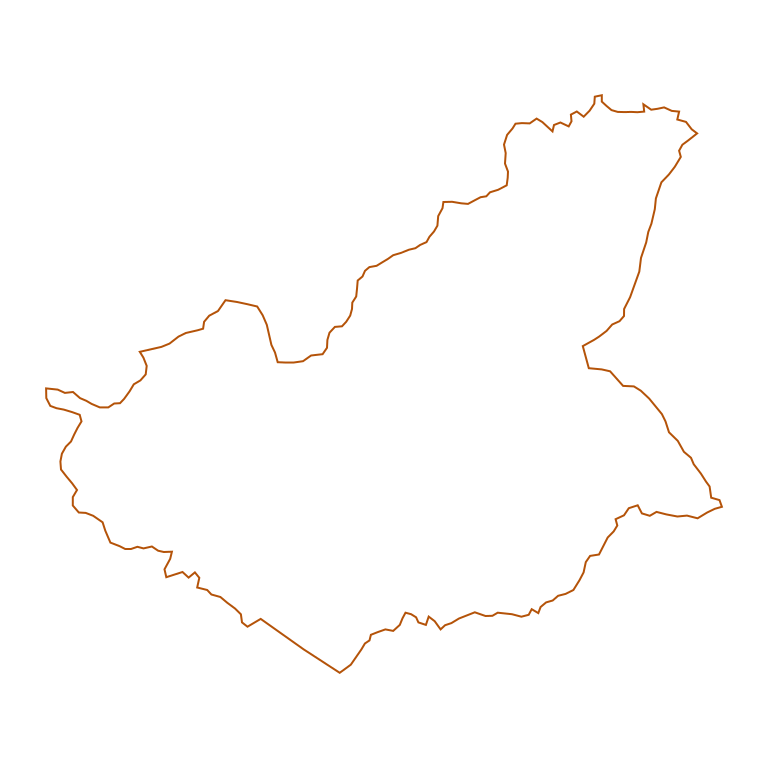 Brasilândia do Tocantins, Tocantins, Brazil
{"feature_id": "56859067B19084038387208", "entity_name": "Brasilândia do Tocantins", "entity_type": "district", "adm_level": 2, "iso_a3": "BRA", "parent_name": "Brazil", "parent_adm1": "Tocantins", "projection": "albers", "projection_center": [-48.445, -8.274], "detail": "fine", "context": "isolated", "style": "outline", "palette": "amber", "viewbox_px": 768, "rotation_deg": 0, "n_neighbors": 0, "source": "geoboundaries", "source_scale": "gbopen_adm2", "svg_char_len": 3442}
<svg xmlns="http://www.w3.org/2000/svg" viewBox="0 0 768 768"><path d="M72.8,497.1L72.8,505.5L78.8,512.5L85.7,512.9L93.2,515.8L102.6,522.3L105.3,530.7L110.4,542.6L119.7,546.2L125.2,549.0L131.0,549.0L137.4,546.8L143.5,548.4L151.9,546.5L158.1,550.7L163.8,552.0L171.9,551.7L170.2,558.8L164.5,569.3L166.3,577.2L182.5,572.0L188.6,577.6L194.9,572.4L199.3,577.8L197.2,587.5L207.2,590.0L211.4,594.5L220.4,597.0L227.3,602.8L235.0,608.5L240.9,614.3L242.0,622.4L247.5,626.7L260.7,618.9L303.7,649.4L339.7,672.8L350.8,664.7L361.4,649.4L364.9,643.5L369.5,640.4L370.9,634.8L377.5,632.2L385.4,629.4L393.2,630.9L399.8,624.9L402.5,618.3L405.5,612.7L411.1,614.2L416.1,617.3L418.4,622.4L425.9,624.9L428.7,616.6L434.7,621.2L440.6,629.4L445.1,625.2L451.4,623.1L459.0,618.5L474.8,612.3L485.5,616.0L492.4,615.8L497.7,612.7L511.9,614.2L521.4,616.7L528.7,614.8L531.7,609.2L538.3,613.1L540.6,607.0L546.1,602.4L552.7,600.5L558.1,595.8L565.6,593.9L573.4,590.0L579.5,580.2L583.6,572.4L585.8,562.1L590.1,555.9L599.0,554.5L607.7,537.5L613.7,531.4L617.3,525.5L615.6,519.2L624.0,515.3L628.8,508.2L637.7,505.3L641.9,513.4L649.8,515.8L656.5,511.9L666.3,514.4L677.4,516.5L687.0,515.6L697.6,518.3L707.2,512.5L714.8,508.8L721.9,506.8L719.5,500.1L711.2,497.7L709.6,486.5L706.0,481.6L700.9,473.6L693.7,464.2L691.0,457.8L683.9,451.8L677.8,440.9L669.0,432.3L665.5,421.4L661.9,414.1L649.2,398.6L640.8,390.7L633.9,386.4L623.1,385.9L610.1,371.3L601.7,369.4L588.8,368.2L582.8,346.1L594.0,339.9L599.1,336.6L606.6,330.9L612.2,324.5L619.5,321.2L624.0,316.0L624.1,309.0L630.1,297.2L639.3,271.6L641.0,257.9L646.2,242.4L648.3,231.9L651.4,223.7L654.8,209.2L655.9,198.4L661.4,182.3L668.9,174.5L674.8,166.8L680.8,156.9L679.1,150.7L682.4,144.7L688.1,140.5L697.1,133.4L691.7,129.3L686.0,121.9L677.3,119.5L679.1,111.6L671.8,110.9L664.1,107.4L657.5,108.8L651.2,109.7L643.4,104.3L644.2,111.6L637.4,112.2L631.0,111.9L625.1,112.1L617.7,111.9L611.5,110.1L606.7,106.1L601.8,101.6L601.8,95.2L594.8,96.7L594.3,103.7L589.6,110.7L583.7,116.7L576.8,111.5L570.9,114.6L571.5,121.3L568.7,126.4L560.4,122.5L554.0,125.0L552.5,131.4L547.7,127.0L542.4,122.1L536.6,118.6L529.7,123.4L521.9,123.1L515.5,123.7L512.5,128.5L507.1,134.9L504.0,144.6L505.7,153.1L505.0,163.6L508.0,171.6L507.7,177.8L506.7,185.3L498.1,189.8L490.0,192.3L486.3,196.3L480.6,197.2L474.9,200.2L468.0,203.9L461.2,203.3L452.1,201.8L443.4,202.0L442.5,208.2L438.2,216.1L437.4,225.7L434.0,231.5L429.5,236.7L426.5,242.1L420.2,244.9L415.4,248.2L409.0,249.7L400.7,253.0L393.2,255.2L388.1,258.8L382.3,262.3L376.6,265.8L369.4,267.1L365.0,270.8L362.5,276.5L357.7,280.5L357.0,288.9L356.2,296.5L352.3,302.6L352.0,309.0L350.2,315.6L346.2,321.8L342.0,326.3L334.9,326.9L329.5,332.7L327.4,339.9L327.0,347.8L322.6,354.2L317.1,354.8L311.1,355.5L303.0,361.2L293.9,362.5L284.6,362.5L277.7,362.2L275.0,352.5L271.4,344.9L266.8,324.8L262.7,315.3L257.2,306.5L247.4,304.2L237.1,302.0L225.5,300.2L218.0,311.0L209.2,315.7L204.1,321.8L203.1,328.7L197.5,330.3L185.8,333.0L178.5,336.6L169.5,343.6L161.4,346.9L139.8,351.8L143.4,357.6L146.7,365.9L145.7,374.4L140.4,380.4L133.8,384.3L129.6,391.3L124.1,398.9L120.0,403.2L114.2,403.5L108.3,407.4L99.8,407.4L91.6,403.9L86.3,400.8L80.0,398.1L73.0,392.0L64.9,392.9L57.7,389.6L46.1,388.4L46.3,398.1L50.3,405.9L56.5,408.2L63.8,409.6L72.1,412.1L79.7,414.8L81.5,421.4L77.6,427.8L74.2,434.5L71.0,441.5L65.9,446.6L61.9,453.7L60.4,461.5L61.0,469.5L66.7,476.8L72.2,483.4L77.0,490.0L72.8,497.1Z" fill="none" stroke="#b45309" stroke-width="2"/></svg>